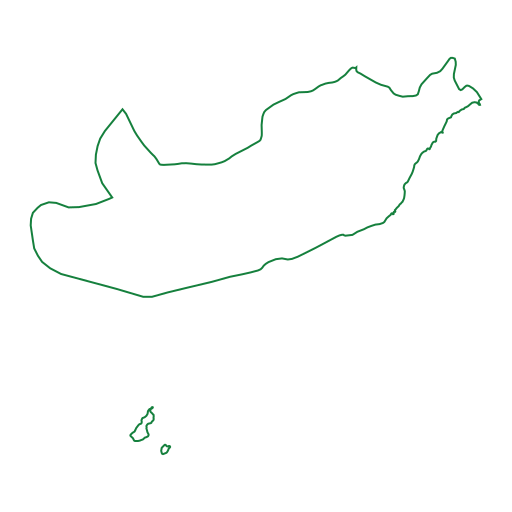 Ngoc Hien, Cà Mau, Vietnam
{"feature_id": "81297802B22159011638398", "entity_name": "Ngoc Hien", "entity_type": "district", "adm_level": 2, "iso_a3": "VNM", "parent_name": "Vietnam", "parent_adm1": "Cà Mau", "projection": "natural_earth1", "projection_center": [104.982, 8.603], "detail": "fine", "context": "isolated", "style": "outline", "palette": "green", "viewbox_px": 512, "rotation_deg": 0, "n_neighbors": 0, "source": "geoboundaries", "source_scale": "gbopen_adm2", "svg_char_len": 5588}
<svg xmlns="http://www.w3.org/2000/svg" viewBox="0 0 512 512"><path d="M122.5,109.3L104.9,131.0L100.2,138.6L97.6,146.1L95.9,154.6L95.5,163.0L97.5,170.3L102.2,183.2L112.2,197.5L109.1,198.9L96.0,204.0L79.0,207.1L68.6,207.4L56.2,202.9L48.9,202.3L41.0,205.0L37.6,207.8L32.9,212.8L31.1,218.7L30.7,225.4L32.9,240.4L34.2,248.4L37.9,255.7L42.1,261.9L50.2,268.3L61.1,274.0L116.5,288.9L143.2,296.8L152.0,296.8L167.8,292.4L187.2,287.7L212.0,281.8L229.9,276.8L241.8,274.4L250.7,272.4L254.4,271.4L257.9,270.5L260.6,269.3L262.2,267.8L263.7,265.7L265.7,263.9L268.5,262.1L275.8,259.2L282.0,258.4L287.8,259.5L292.0,258.9L295.4,257.6L297.6,256.8L315.3,248.0L336.3,236.8L339.5,235.4L341.8,234.8L343.2,234.7L344.1,235.3L345.4,235.7L352.4,234.9L354.5,233.6L357.3,231.8L364.0,229.2L367.4,227.4L371.4,225.9L375.4,224.6L379.6,224.1L382.9,223.0L384.3,222.0L386.6,218.3L388.8,216.3L390.6,214.9L391.3,213.6L391.8,213.3L392.4,213.4L392.6,213.9L392.9,214.2L393.5,214.1L393.7,213.8L393.7,213.5L393.5,213.2L393.5,212.6L393.9,211.9L394.5,211.8L395.0,211.9L395.2,211.7L395.3,211.4L395.2,211.1L394.9,210.7L394.9,210.1L395.3,209.8L396.8,207.9L398.7,206.1L399.6,204.6L400.2,204.0L400.8,203.6L401.3,203.0L401.8,202.3L402.5,201.8L402.9,200.9L403.7,199.2L404.1,198.0L404.5,195.5L404.7,193.3L404.8,191.2L404.3,189.5L403.8,188.3L403.7,187.4L404.0,185.9L404.5,184.5L405.7,183.2L407.2,182.3L407.8,181.6L409.7,177.7L411.7,174.0L412.6,171.9L413.5,169.1L414.1,167.0L414.3,165.4L414.7,164.4L415.3,163.7L417.2,162.2L417.9,161.3L419.0,159.1L420.0,156.3L420.9,154.7L421.3,154.0L422.4,152.8L423.7,151.8L424.4,151.4L425.2,151.2L425.9,150.9L426.4,150.4L426.8,149.5L427.3,148.8L427.7,148.5L428.2,148.5L428.7,148.7L429.2,149.2L429.5,149.2L429.8,148.9L429.9,148.4L430.3,147.6L430.8,146.9L431.1,146.3L431.4,145.1L432.7,142.7L433.3,142.1L434.5,141.6L435.4,141.7L436.1,141.0L436.3,138.6L437.6,135.0L439.0,133.3L441.0,132.1L442.0,132.5L442.4,132.7L442.7,132.6L442.4,131.9L442.3,131.0L442.9,129.5L444.4,126.1L445.4,124.1L446.7,121.4L447.0,119.7L447.6,118.8L449.0,118.1L451.0,117.3L451.5,115.9L452.3,114.5L453.8,113.5L456.3,113.0L457.1,112.3L457.9,111.9L458.7,112.1L459.8,110.8L461.7,109.5L463.8,109.0L464.7,107.8L466.3,107.1L468.0,106.2L470.3,104.2L472.2,102.7L474.6,102.2L476.5,102.5L477.9,103.5L479.2,104.9L480.0,104.8L479.8,104.1L478.9,102.9L478.7,101.6L479.2,100.4L481.3,99.1L476.9,92.1L473.0,88.4L469.1,86.0L467.6,85.6L466.4,85.7L464.7,87.0L462.3,89.4L460.7,90.1L459.1,89.1L454.7,80.5L453.8,77.5L453.9,74.0L455.8,64.9L455.7,61.8L454.8,58.6L452.7,57.9L450.8,57.9L449.5,58.9L447.9,61.2L442.4,68.8L440.2,71.2L437.0,72.8L432.1,73.7L430.1,74.9L426.9,78.3L421.5,84.3L419.8,87.5L418.8,91.3L417.8,94.3L416.0,95.5L412.8,96.1L408.1,96.2L402.7,96.7L399.2,95.8L395.6,94.7L393.6,93.4L390.9,90.1L389.4,87.7L387.8,86.7L381.0,84.8L375.8,82.5L364.9,76.3L360.5,73.6L357.6,72.2L356.5,71.0L356.2,69.5L356.3,67.4L355.7,67.9L355.0,68.0L352.7,67.6L351.9,67.9L350.7,68.7L349.1,70.3L345.3,74.7L343.4,76.2L340.8,78.0L338.0,80.4L336.7,81.1L334.7,81.9L332.2,82.5L328.7,82.9L325.4,83.6L322.2,84.8L320.7,85.3L318.6,86.5L314.9,89.2L312.9,90.5L310.9,91.3L307.7,92.0L302.5,92.2L298.9,92.3L296.3,93.1L293.3,94.1L291.1,95.2L288.6,96.9L285.5,99.0L282.9,100.2L279.1,101.9L273.5,104.6L271.4,106.1L268.5,108.2L266.0,110.0L265.1,111.0L264.3,112.0L264.2,112.1L263.4,114.0L262.5,116.6L262.2,119.1L261.6,125.0L261.8,132.2L261.8,134.3L261.7,135.9L261.1,138.0L260.5,139.8L259.5,140.9L257.5,142.1L251.2,145.6L247.7,147.8L235.7,153.9L231.7,156.4L229.1,158.5L226.7,159.9L224.7,161.1L221.7,162.3L218.9,163.1L214.9,164.2L211.6,164.6L207.1,164.6L201.2,164.5L196.3,164.2L191.2,163.6L186.3,163.2L181.6,163.3L178.1,163.9L174.8,164.3L169.2,164.6L163.6,164.9L161.0,164.7L160.1,164.5L159.3,163.8L158.1,161.8L156.6,159.3L155.3,157.5L154.3,156.2L153.2,155.2L150.7,152.7L144.2,145.5L141.6,142.0L140.0,139.7L137.0,135.4L134.5,131.3L133.2,128.7L132.3,126.8L126.1,113.9L122.5,109.3ZM138.0,441.0L139.9,440.6L141.0,440.1L142.2,439.7L143.1,439.3L143.8,438.6L144.9,437.6L146.0,437.3L147.1,436.8L148.0,436.3L148.4,435.6L148.6,434.9L148.5,434.2L148.0,433.3L147.4,432.1L147.1,430.8L146.4,428.3L146.6,427.6L146.6,427.0L146.4,426.3L146.5,425.7L147.3,424.5L148.1,423.8L148.7,423.6L150.2,423.3L150.9,423.1L151.4,422.7L151.7,421.9L152.1,421.4L152.7,420.9L153.3,420.3L153.6,419.6L153.7,418.8L153.5,418.0L153.6,417.3L153.7,416.3L153.6,415.1L153.5,414.7L152.9,414.3L152.4,413.6L151.8,413.0L150.8,412.1L150.3,411.4L150.3,410.3L150.6,409.4L150.8,409.0L151.7,408.6L152.5,408.0L152.8,407.6L152.7,407.2L152.2,407.1L151.6,407.5L151.4,408.0L150.9,408.5L150.3,408.9L149.5,409.1L149.1,409.6L148.2,410.7L147.9,411.5L147.7,413.0L147.5,414.0L147.1,414.6L146.4,415.8L144.7,417.2L143.3,417.8L142.6,418.0L142.2,418.5L141.5,420.2L141.5,420.6L141.7,421.5L141.7,422.1L141.6,422.9L141.3,423.4L140.8,423.8L140.0,424.0L139.3,424.3L138.3,425.3L136.2,428.1L136.0,428.5L135.4,430.0L135.0,430.4L134.9,430.9L134.7,431.4L133.9,432.0L132.7,432.7L131.8,433.5L131.0,434.3L130.6,434.7L130.4,435.3L130.4,435.7L131.0,436.4L132.2,437.5L133.0,438.3L133.8,440.0L134.3,440.7L135.0,441.0L135.5,441.0L138.0,441.0ZM167.2,446.4L166.9,446.3L166.6,446.1L165.6,444.9L165.3,444.8L165.1,444.8L164.8,444.8L164.4,445.1L163.8,445.7L162.6,446.9L162.1,447.4L162.0,447.6L161.8,447.9L161.6,448.1L161.5,449.2L161.4,449.8L161.3,450.0L161.2,450.8L161.4,451.7L161.8,453.1L162.1,453.7L162.5,453.9L163.0,454.1L163.6,453.9L166.4,452.8L166.8,452.4L167.2,451.9L168.0,450.5L168.7,448.7L169.0,448.3L169.5,447.9L169.8,447.5L170.1,447.1L170.1,446.7L169.7,446.1L169.2,446.0L168.8,446.0L168.4,446.3L167.9,446.4L167.7,446.4L167.2,446.4Z" fill="none" stroke="#15803d" stroke-width="2"/></svg>